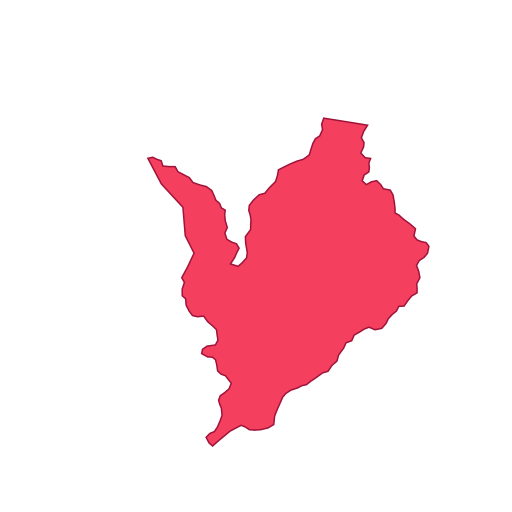 outline of Braço do Norte, Santa Catarina, Brazil, rotated 41°
{"feature_id": "56859067B64093274156036", "entity_name": "Braço do Norte", "entity_type": "district", "adm_level": 2, "iso_a3": "BRA", "parent_name": "Brazil", "parent_adm1": "Santa Catarina", "projection": "mercator", "projection_center": [-49.147, -28.249], "detail": "fine", "context": "isolated", "style": "filled", "palette": "rose", "viewbox_px": 512, "rotation_deg": 41, "n_neighbors": 0, "source": "geoboundaries", "source_scale": "gbopen_adm2", "svg_char_len": 2518}
<svg xmlns="http://www.w3.org/2000/svg" viewBox="0 0 512 512"><g transform="rotate(41 256 256)"><path d="M383.3,157.8L382.2,152.3L383.8,146.6L383.6,141.3L380.2,135.3L375.6,134.3L371.4,136.6L367.0,138.2L362.1,137.3L358.5,130.8L350.4,130.8L345.7,131.3L341.4,131.5L337.1,131.3L332.7,132.3L329.8,129.0L325.6,125.1L319.3,120.0L314.1,118.2L308.0,121.7L303.3,120.3L297.6,120.0L294.3,124.5L292.5,129.7L286.8,129.6L284.5,123.8L286.0,118.5L283.4,114.7L280.2,111.8L278.5,107.2L273.9,110.2L267.5,109.5L265.7,103.2L263.1,99.5L258.0,97.7L255.6,91.5L254.4,84.1L216.7,107.5L219.1,113.5L223.3,117.0L225.3,123.5L223.9,128.5L225.0,133.5L227.0,138.3L229.9,144.8L228.2,152.1L224.6,157.6L221.1,164.8L216.4,176.2L219.4,181.2L221.9,187.0L221.3,195.5L221.5,202.9L218.2,207.7L217.4,215.3L217.7,222.1L220.6,226.3L224.9,229.0L228.4,231.9L231.5,235.9L234.6,239.6L235.3,248.4L239.9,253.2L243.2,255.9L247.2,259.2L250.1,263.6L250.0,270.5L249.2,275.6L241.9,278.7L241.0,271.5L239.2,265.7L238.1,261.2L233.2,259.6L228.7,261.4L223.1,262.5L217.4,259.1L215.7,253.4L209.6,249.5L205.4,245.5L202.7,241.6L198.3,242.4L194.0,240.2L189.0,240.2L185.1,238.1L179.6,235.6L172.9,236.2L167.2,239.1L160.3,241.9L154.3,240.6L148.1,242.1L141.8,243.6L136.3,241.6L132.2,245.2L126.7,249.2L121.9,246.3L117.6,248.1L113.3,249.2L110.3,253.2L137.3,263.7L168.9,267.2L189.3,287.1L207.4,294.5L211.6,309.4L214.2,321.1L219.3,322.9L222.0,329.4L226.4,334.4L231.0,334.5L235.5,338.9L241.8,341.5L247.2,342.6L251.7,340.2L256.0,335.7L262.7,337.3L268.6,337.2L274.4,337.5L278.6,341.2L282.5,344.5L283.7,349.8L278.2,356.1L276.8,361.5L279.0,365.3L285.7,363.9L289.4,361.0L293.4,360.8L297.8,363.9L302.4,367.9L307.1,368.1L311.5,366.4L316.2,367.4L320.8,368.2L322.8,373.9L322.1,379.1L320.7,384.9L322.4,389.4L325.9,391.7L329.6,393.5L334.9,398.5L336.9,403.5L339.1,410.3L339.8,415.8L337.6,420.1L337.3,425.6L343.3,427.9L347.9,427.9L349.1,418.6L350.4,411.0L351.3,405.3L353.4,399.7L355.9,393.5L360.3,392.0L364.8,391.5L369.1,388.4L373.3,384.2L377.8,378.0L380.0,371.6L375.1,364.6L372.5,357.3L370.2,349.6L368.7,345.0L368.7,340.2L370.3,334.4L374.0,328.2L375.6,323.9L378.5,320.0L379.4,314.9L380.7,310.2L381.8,305.6L382.9,300.6L386.0,295.8L385.1,288.8L386.0,282.2L383.3,276.5L382.6,268.0L380.9,262.5L383.8,257.2L382.0,251.2L384.0,245.6L385.6,240.2L388.0,235.6L394.2,233.6L398.4,228.1L398.4,221.5L397.0,216.5L397.2,210.5L398.1,205.5L396.8,200.2L400.6,196.7L399.9,190.4L399.7,184.2L401.7,178.1L398.8,174.7L395.6,171.7L393.9,164.8L388.8,160.8L383.3,157.8Z" fill="#f43f5e" stroke="#9f1239" stroke-width="1.5"/></g></svg>